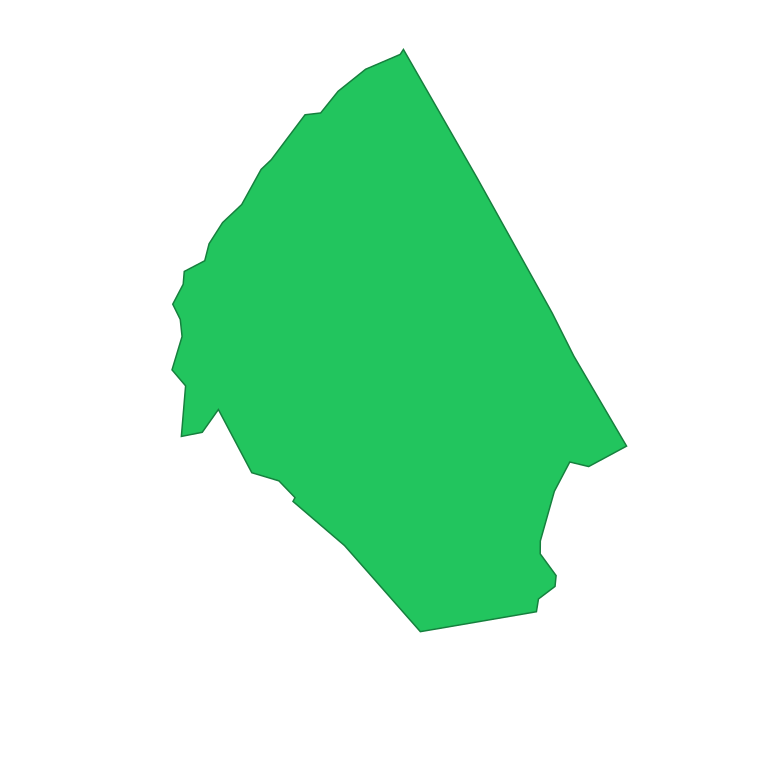 outline of Fairfield, South Carolina, United States of America, rotated 57°
{"feature_id": "52423323B16928233595838", "entity_name": "Fairfield", "entity_type": "district", "adm_level": 2, "iso_a3": "USA", "parent_name": "United States of America", "parent_adm1": "South Carolina", "projection": "robinson", "projection_center": [-81.147, 34.373], "detail": "fine", "context": "isolated", "style": "filled", "palette": "green", "viewbox_px": 768, "rotation_deg": 57, "n_neighbors": 0, "source": "geoboundaries", "source_scale": "gbopen_adm2", "svg_char_len": 686}
<svg xmlns="http://www.w3.org/2000/svg" viewBox="0 0 768 768"><g transform="rotate(57 384 384)"><path d="M113.5,263.1L122.2,289.5L115.2,303.6L134.5,356.4L137.1,370.2L156.0,405.6L160.7,431.4L171.1,454.3L183.0,467.2L180.8,490.2L191.0,498.1L202.0,517.7L218.9,519.7L234.2,527.5L256.7,554.1L277.5,551.4L317.6,582.5L325.5,562.7L315.2,536.8L386.4,543.2L408.0,524.9L430.8,520.5L432.9,524.3L498.0,505.1L546.7,497.9L611.5,488.4L658.0,380.2L648.4,371.5L646.9,350.8L638.4,344.0L611.5,345.5L600.8,338.4L566.8,299.6L550.6,270.7L564.7,257.3L568.2,214.4L463.9,209.6L416.2,204.3L262.0,193.7L114.0,185.5L116.4,190.9L110.0,228.0L113.5,263.1Z" fill="#22c55e" stroke="#15803d" stroke-width="1.5"/></g></svg>